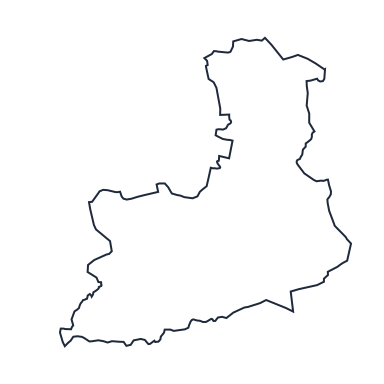 Shanono, Kano, Nigeria (orthographic projection), rotated 262°
{"feature_id": "59680162B7876035432306", "entity_name": "Shanono", "entity_type": "district", "adm_level": 2, "iso_a3": "NGA", "parent_name": "Nigeria", "parent_adm1": "Kano", "projection": "orthographic", "projection_center": [7.967, 12.098], "detail": "fine", "context": "isolated", "style": "outline", "palette": "slate", "viewbox_px": 384, "rotation_deg": 262, "n_neighbors": 0, "source": "geoboundaries", "source_scale": "gbopen_adm2", "svg_char_len": 3666}
<svg xmlns="http://www.w3.org/2000/svg" viewBox="0 0 384 384"><g transform="rotate(262 192 192)"><path d="M59.5,275.5L79.7,275.9L80.9,284.1L82.4,303.0L84.6,309.6L84.7,310.1L87.8,310.6L90.9,315.1L94.1,315.4L97.7,325.7L99.3,328.5L100.7,331.4L102.4,336.1L118.8,342.3L123.8,338.8L125.8,338.1L138.7,328.6L140.4,328.3L154.3,325.2L162.2,324.8L165.7,325.0L166.6,325.8L167.8,327.2L170.5,329.2L173.4,329.7L179.7,328.7L183.2,328.5L185.4,328.3L185.4,327.2L185.2,326.4L184.7,323.9L185.3,321.3L185.3,318.4L185.3,316.8L187.0,314.3L194.8,305.8L203.6,300.9L206.0,299.8L207.7,299.9L208.9,300.7L209.4,302.2L209.7,303.4L211.5,304.5L213.7,306.4L218.5,307.7L221.1,310.9L224.3,311.4L224.8,312.5L226.6,315.6L227.8,317.4L230.0,318.4L232.3,318.7L234.0,319.8L234.9,321.7L244.3,317.7L253.3,319.0L261.7,317.6L273.8,320.4L280.7,320.4L285.9,320.9L285.8,324.9L286.8,331.6L284.9,332.5L283.6,334.3L283.6,337.1L285.7,338.8L295.0,340.8L294.8,340.4L302.2,332.2L307.8,325.1L313.0,316.0L313.0,315.9L311.8,310.1L310.5,300.8L326.8,291.1L334.5,285.7L332.2,282.2L333.7,277.4L333.6,269.6L336.6,262.3L335.4,253.8L330.3,252.8L325.5,249.6L325.2,248.7L325.1,246.7L327.5,236.9L328.0,235.7L328.5,233.3L325.9,230.9L322.9,222.9L319.8,225.2L315.6,225.2L314.9,223.3L314.2,223.3L312.4,223.4L301.6,224.2L298.3,228.0L297.5,228.8L291.7,230.7L270.7,231.6L264.4,230.6L263.5,239.6L261.5,239.3L259.6,239.2L258.3,239.3L257.4,240.3L255.9,240.5L254.9,239.9L254.3,239.0L253.8,237.4L253.0,236.5L251.6,235.6L250.5,234.7L250.0,233.4L249.5,231.4L250.1,229.0L250.5,226.6L250.3,224.9L244.9,223.3L242.9,226.0L240.2,229.9L238.7,234.5L238.3,236.6L237.2,239.3L220.2,233.4L223.9,223.9L219.9,223.1L219.5,222.9L219.1,222.7L219.1,221.9L219.0,221.3L218.6,221.0L218.2,221.0L217.3,221.2L216.6,221.4L215.3,222.0L214.2,222.7L213.5,223.1L212.6,223.4L212.0,223.1L211.8,222.7L211.7,220.9L211.8,219.4L212.4,217.7L212.5,216.2L213.4,214.0L204.0,210.5L195.7,207.3L193.4,203.3L191.1,199.8L186.9,196.8L185.7,191.7L188.0,183.6L190.0,180.1L191.1,176.8L193.3,171.9L195.0,171.1L200.0,169.1L204.2,166.3L205.0,160.7L204.4,158.0L196.8,158.5L195.5,143.9L194.8,137.4L194.5,135.5L193.8,131.4L193.6,126.3L195.0,123.1L197.4,121.7L202.3,120.8L202.2,117.9L202.5,116.8L202.6,116.1L205.5,108.8L206.5,104.2L205.5,100.5L203.7,98.9L196.2,91.7L196.3,88.6L189.3,88.8L172.9,90.3L168.3,91.7L154.8,104.0L144.5,104.3L142.2,101.3L142.0,98.6L138.3,85.8L134.2,78.9L127.3,77.5L120.6,85.5L115.8,86.8L115.5,88.5L115.3,89.4L114.9,89.4L114.5,89.4L114.0,89.3L113.7,89.2L113.4,89.2L113.2,89.3L112.8,89.4L112.3,89.4L112.0,89.3L112.0,89.2L111.8,89.0L111.5,88.8L111.5,88.5L111.3,88.1L111.2,87.7L111.0,87.4L111.0,87.1L111.0,86.7L110.9,86.5L110.6,86.5L110.4,86.4L110.1,86.4L109.8,86.3L109.4,86.0L109.1,85.7L108.8,85.2L107.5,82.9L106.4,80.4L104.3,79.7L102.3,78.1L103.7,77.7L105.2,76.6L104.0,74.3L102.6,73.9L100.8,73.0L100.8,72.1L100.3,71.0L100.1,69.0L99.1,68.3L98.3,67.4L97.6,66.7L96.6,65.8L95.2,65.0L94.2,64.5L92.8,63.9L91.6,62.1L90.1,59.0L82.6,55.0L76.4,55.8L75.1,54.4L72.9,53.1L73.4,50.5L73.9,47.5L74.6,45.7L75.0,43.0L71.3,41.7L71.2,41.7L61.6,43.1L57.0,44.6L59.9,48.3L61.7,51.2L65.2,54.3L65.1,58.4L63.9,62.8L62.5,64.8L58.3,69.6L58.1,72.3L58.2,78.6L56.7,83.3L54.7,87.5L55.4,92.0L53.8,99.3L53.1,103.4L48.8,105.6L49.2,110.0L53.2,113.6L53.6,120.8L52.1,124.7L47.5,127.6L47.4,129.3L50.0,134.0L48.6,134.7L48.5,138.0L50.5,140.2L53.1,141.0L56.6,144.7L59.5,145.8L58.8,151.3L57.0,154.6L57.0,165.9L58.1,169.5L60.4,170.5L63.9,172.6L65.2,173.9L65.7,175.5L64.1,179.0L63.4,181.8L61.7,184.9L61.4,188.0L63.7,193.5L63.2,194.5L61.3,195.3L61.1,197.1L64.1,200.2L64.2,204.4L62.4,208.5L66.8,216.1L70.3,227.7L70.4,231.5L72.5,244.0L74.7,250.4L64.1,268.8L59.5,275.5Z" fill="none" stroke="#1e293b" stroke-width="2"/></g></svg>